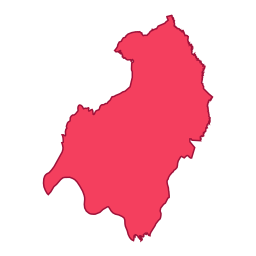 Santa Bárbara De Pinto, Magdalena, Colombia (Equal Earth projection)
{"feature_id": "7082276B88676638164963", "entity_name": "Santa Bárbara De Pinto", "entity_type": "district", "adm_level": 2, "iso_a3": "COL", "parent_name": "Colombia", "parent_adm1": "Magdalena", "projection": "equal_earth", "projection_center": [-74.604, 9.526], "detail": "fine", "context": "isolated", "style": "filled", "palette": "rose", "viewbox_px": 256, "rotation_deg": 0, "n_neighbors": 0, "source": "geoboundaries", "source_scale": "gbopen_adm2", "svg_char_len": 5782}
<svg xmlns="http://www.w3.org/2000/svg" viewBox="0 0 256 256"><path d="M48.3,194.6L50.8,191.8L53.9,186.6L56.5,184.4L60.7,179.5L62.9,177.8L64.6,177.4L69.8,177.3L72.7,178.4L74.9,179.7L77.2,182.1L79.9,186.2L82.7,191.2L84.1,195.1L84.6,197.3L84.7,199.6L84.3,204.4L84.7,207.9L86.3,211.0L88.7,213.0L90.0,213.7L91.1,214.0L93.9,214.2L95.4,214.1L99.9,212.3L102.9,209.5L107.3,206.9L108.3,206.7L108.9,207.3L111.1,210.9L112.9,212.8L115.3,214.1L118.7,214.9L122.2,216.5L124.1,218.0L124.8,220.0L125.0,224.0L125.4,226.2L127.3,230.9L128.2,234.4L129.6,237.3L131.0,239.1L132.0,239.9L133.5,240.6L133.9,239.0L134.0,236.3L134.1,236.0L135.0,236.8L135.2,234.7L136.0,234.8L137.4,235.8L138.2,236.6L138.4,237.6L139.4,238.0L139.6,238.6L140.1,238.2L140.1,238.8L140.6,239.7L141.2,240.0L141.1,240.6L142.2,239.7L142.0,238.7L140.9,237.9L140.6,236.7L139.7,236.3L139.8,235.8L140.8,235.8L142.2,236.9L142.9,236.8L143.0,236.5L143.5,236.7L143.9,236.0L143.5,234.7L145.0,233.5L145.0,233.8L146.2,234.4L147.0,233.0L148.8,235.4L150.0,235.7L150.0,234.4L150.9,232.2L155.0,225.7L155.8,223.8L158.6,220.2L160.0,219.0L160.5,217.8L160.9,215.6L161.0,213.6L160.1,210.9L160.7,208.0L163.6,204.3L165.4,203.0L167.9,198.1L169.1,197.5L169.2,196.0L168.8,191.3L168.6,190.7L168.4,187.9L167.4,184.4L167.0,181.8L167.3,180.1L168.1,179.1L168.5,177.5L169.8,175.2L172.2,172.4L173.0,171.9L174.0,170.2L175.4,169.3L177.0,167.5L177.4,165.6L177.6,163.3L178.3,160.8L180.6,156.9L181.6,156.4L184.2,157.9L186.6,155.7L187.3,155.5L188.7,156.2L189.0,156.8L190.5,158.0L191.6,158.0L194.7,147.6L189.9,141.8L189.8,138.9L191.0,138.8L192.0,140.2L200.6,140.7L200.3,139.9L201.0,139.3L201.1,138.9L200.9,138.6L200.4,138.4L200.3,136.9L201.3,136.0L201.6,136.5L202.1,136.0L202.7,136.4L203.3,136.0L203.3,135.5L203.6,135.5L203.3,134.6L203.5,132.9L204.0,133.3L204.3,132.3L205.2,131.3L205.5,131.5L205.7,131.2L205.9,127.9L206.7,127.4L206.6,128.1L207.3,127.8L206.7,126.7L207.1,124.9L207.8,124.8L207.7,124.1L208.7,123.2L208.7,122.6L209.2,123.2L209.1,122.3L209.7,122.3L209.9,121.7L210.0,120.8L209.4,120.6L209.9,119.5L209.4,118.9L209.9,118.7L210.1,117.9L208.9,116.5L209.0,114.9L208.5,112.8L208.6,112.2L208.0,111.5L208.3,110.3L208.1,109.9L208.0,108.0L207.7,107.8L207.9,107.0L207.4,106.6L207.4,105.4L207.7,104.9L207.5,104.4L207.8,103.9L207.8,103.1L208.5,102.5L208.4,101.5L209.0,100.3L209.9,100.7L210.1,100.0L210.7,100.1L210.8,99.2L211.3,99.1L211.3,98.3L211.8,98.2L212.5,97.0L208.9,94.0L203.5,88.6L203.6,86.5L202.7,85.1L202.8,83.9L202.1,83.6L201.6,82.7L202.3,79.3L202.0,79.0L202.6,77.7L202.2,77.0L202.4,76.4L202.2,75.6L202.8,75.5L202.4,75.1L202.9,74.8L202.6,74.5L203.1,73.5L202.5,73.9L202.4,73.0L203.0,73.1L203.0,72.7L202.3,72.1L202.7,71.8L202.6,71.1L202.8,71.4L203.4,70.9L203.2,70.7L203.7,69.9L203.3,69.6L203.3,69.0L204.0,69.1L204.5,68.3L204.3,67.6L204.8,67.2L204.9,66.3L203.8,66.1L203.6,65.0L202.9,65.6L202.9,64.8L202.1,63.9L201.4,63.9L200.9,61.3L200.4,61.2L200.0,61.8L199.6,60.4L197.8,60.1L198.1,59.9L198.1,58.9L197.6,59.1L197.3,58.5L196.5,58.7L196.4,57.4L196.0,57.3L196.2,56.9L195.8,56.8L195.5,55.4L195.2,55.5L195.1,55.1L194.6,55.6L194.8,55.0L194.0,55.1L194.3,53.8L193.6,54.4L192.4,54.3L192.0,53.9L191.6,52.0L192.0,51.4L191.5,50.2L192.2,49.7L191.5,49.1L192.2,48.7L191.7,48.5L191.9,48.0L191.8,47.6L192.4,47.3L191.8,46.9L192.3,46.4L191.8,46.2L191.6,45.3L191.1,45.9L190.8,45.7L191.0,44.4L190.0,44.3L189.4,44.9L189.4,44.4L189.0,43.7L189.2,43.1L188.6,43.4L188.3,42.5L188.4,41.6L187.8,40.8L187.9,40.3L187.7,39.8L188.0,39.0L188.2,36.6L187.6,36.4L187.4,36.2L187.4,35.8L186.1,35.3L185.1,35.6L184.4,33.7L184.1,33.5L184.0,32.3L183.0,31.9L183.4,31.3L183.2,30.8L182.9,31.1L182.5,30.8L182.3,31.5L182.0,31.7L181.4,30.8L180.7,30.6L180.6,29.9L180.3,30.1L179.6,29.8L179.3,29.0L178.8,28.6L177.2,28.6L177.0,27.9L176.0,27.0L175.5,27.2L175.4,26.5L174.6,26.2L174.6,25.6L174.2,25.6L174.5,23.9L174.3,22.8L173.8,22.1L174.2,21.6L173.8,21.1L174.1,20.7L173.6,20.6L173.7,19.6L173.6,19.2L173.5,19.5L172.9,19.2L173.2,18.3L173.0,18.1L172.7,18.5L172.1,17.1L172.1,15.9L171.7,15.4L166.9,16.6L167.1,17.7L168.2,20.1L167.5,20.8L166.1,21.7L165.4,22.7L164.3,23.5L158.2,26.1L156.6,28.7L155.4,28.9L152.5,30.3L152.5,29.4L152.2,29.4L152.3,30.4L151.4,30.7L150.1,31.7L148.9,33.5L147.9,34.3L147.1,35.3L144.2,35.3L143.2,35.6L142.0,34.2L142.0,33.7L141.5,33.3L141.6,32.9L140.5,32.5L139.8,31.7L138.6,32.0L138.4,31.8L135.5,31.9L131.8,32.6L128.0,34.1L126.0,35.9L125.5,37.2L123.3,37.9L121.9,40.0L121.4,41.2L119.2,42.1L117.8,44.8L117.5,46.6L116.3,48.5L114.8,50.3L115.1,50.4L115.3,51.4L115.9,51.8L118.1,51.7L118.9,52.3L119.2,51.9L119.3,50.9L120.5,50.6L120.6,51.0L120.1,53.4L120.5,53.6L120.8,52.4L121.6,53.1L121.9,54.2L122.6,55.2L122.3,56.0L122.4,56.8L122.9,56.8L123.0,57.4L123.6,58.1L124.2,58.2L124.5,57.8L125.4,58.1L126.2,59.3L127.6,59.9L130.7,59.7L131.1,60.1L130.9,60.9L131.2,61.3L131.7,60.1L132.5,59.6L133.5,60.9L133.4,61.9L132.5,62.3L131.7,63.6L131.5,68.7L131.6,70.1L132.3,71.7L132.3,77.4L130.1,86.8L125.1,91.2L122.8,91.9L120.0,93.7L115.4,95.6L114.3,96.4L112.0,96.8L110.0,100.4L108.3,101.7L107.2,103.4L105.4,103.6L104.0,104.6L101.8,104.8L100.8,105.5L100.1,106.5L99.3,109.1L98.9,109.7L96.1,110.8L95.2,112.0L94.5,113.8L93.8,114.5L93.2,114.3L92.7,110.7L92.1,109.5L91.1,109.8L89.8,110.8L88.9,111.0L88.6,110.3L88.8,108.2L88.5,107.8L86.7,108.4L85.4,108.2L83.5,108.7L82.3,106.5L80.9,105.3L79.7,105.0L78.7,105.5L78.0,107.0L77.9,108.6L78.1,110.3L77.8,111.1L75.4,114.1L73.9,115.0L72.5,115.1L71.2,116.2L70.3,117.6L70.1,120.8L68.2,122.1L67.4,123.2L66.4,126.3L66.8,128.3L65.9,129.3L65.4,131.7L65.6,134.4L65.5,135.4L65.3,135.7L64.8,135.7L63.3,134.8L62.1,134.8L62.8,136.4L63.1,138.7L63.3,141.9L63.1,142.3L61.8,142.7L62.5,144.8L63.0,147.5L62.9,149.5L62.2,152.0L54.1,166.6L51.5,170.1L49.1,172.7L46.9,173.8L45.7,174.8L44.7,176.2L43.8,178.9L43.5,183.2L44.0,186.9L45.4,190.4L47.1,193.4L48.3,194.6Z" fill="#f43f5e" stroke="#9f1239" stroke-width="1.5"/></svg>